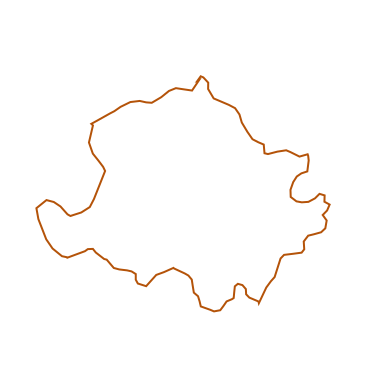 Bonghwa-gun, North Gyeongsang, South Korea, rotated 203°
{"feature_id": "91817680B47987210748527", "entity_name": "Bonghwa-gun", "entity_type": "district", "adm_level": 2, "iso_a3": "KOR", "parent_name": "South Korea", "parent_adm1": "North Gyeongsang", "projection": "mercator", "projection_center": [128.885, 36.914], "detail": "fine", "context": "isolated", "style": "outline", "palette": "amber", "viewbox_px": 384, "rotation_deg": 203, "n_neighbors": 0, "source": "geoboundaries", "source_scale": "gbopen_adm2", "svg_char_len": 1692}
<svg xmlns="http://www.w3.org/2000/svg" viewBox="0 0 384 384"><g transform="rotate(203 192 192)"><path d="M280.9,83.0L267.4,95.7L265.6,98.7L261.0,100.9L256.9,98.7L246.7,96.0L244.1,96.4L234.3,91.5L228.7,92.3L221.1,94.5L216.6,95.3L211.7,94.5L209.5,89.3L206.1,86.6L197.4,87.4L192.5,101.7L186.5,107.3L179.4,114.9L178.7,114.6L166.9,114.2L162.7,113.7L158.0,111.3L155.1,106.6L151.0,100.1L145.7,98.4L142.2,94.2L139.2,90.1L129.2,90.7L125.1,90.7L119.8,94.2L118.6,99.0L117.4,104.8L113.3,109.0L112.2,110.7L113.9,116.0L115.7,121.9L113.9,125.4L109.2,126.0L104.5,123.7L102.2,119.0L98.0,117.2L88.0,117.2L87.0,115.8L86.3,133.1L84.5,140.7L82.7,146.0L84.5,165.4L82.7,170.1L74.5,174.8L67.4,179.0L66.3,183.1L69.8,190.1L68.0,197.2L63.3,200.7L57.4,205.4L55.1,210.7L56.9,218.4L62.7,221.9L60.4,227.8L60.4,234.2L66.3,234.8L68.6,240.7L73.9,240.1L76.3,234.2L81.0,228.4L86.9,225.4L92.2,224.2L99.2,226.0L102.2,232.5L102.7,240.7L101.6,247.2L98.6,251.9L93.9,256.0L96.9,266.6L99.2,270.7L100.3,271.9L106.9,266.6L116.9,267.2L121.6,267.2L129.2,262.5L136.9,256.6L140.4,256.0L144.5,263.7L150.4,263.7L156.9,264.2L164.5,269.0L173.3,275.4L178.6,281.9L185.1,286.0L192.2,286.6L201.0,286.6L208.6,286.6L217.4,293.1L219.8,299.0L226.3,301.9L229.2,301.9L230.4,296.6L229.2,297.8L231.6,285.4L240.4,283.1L247.4,281.3L252.7,276.0L257.4,267.2L263.9,258.4L269.2,256.6L275.7,255.4L283.9,250.7L291.0,242.5L295.1,236.0L298.0,232.5L311.3,215.4L309.2,214.6L306.2,197.3L298.3,188.6L290.0,184.1L283.6,180.4L280.2,177.4L279.5,147.2L280.2,138.2L285.9,129.9L294.6,122.4L297.9,122.8L307.4,127.3L315.3,128.8L322.8,127.7L328.9,116.3L322.8,107.0L307.7,91.5L298.3,85.5L286.6,82.1L281.0,83.2L280.9,83.0Z" fill="none" stroke="#b45309" stroke-width="2"/></g></svg>